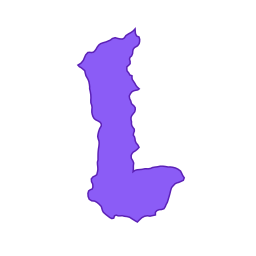 the district of Jenipapo de Minas, Minas Gerais, Brazil, rotated 220°
{"feature_id": "56859067B49665349666776", "entity_name": "Jenipapo de Minas", "entity_type": "district", "adm_level": 2, "iso_a3": "BRA", "parent_name": "Brazil", "parent_adm1": "Minas Gerais", "projection": "albers", "projection_center": [-42.212, -17.187], "detail": "fine", "context": "isolated", "style": "filled", "palette": "violet", "viewbox_px": 256, "rotation_deg": 220, "n_neighbors": 0, "source": "geoboundaries", "source_scale": "gbopen_adm2", "svg_char_len": 2883}
<svg xmlns="http://www.w3.org/2000/svg" viewBox="0 0 256 256"><g transform="rotate(220 128 128)"><path d="M114.5,49.9L111.9,48.5L109.0,48.9L106.5,50.6L103.8,51.1L101.3,51.1L98.0,50.7L95.9,49.3L94.4,48.3L92.6,47.6L89.5,47.5L87.0,47.6L84.4,47.7L82.2,48.2L81.0,49.8L81.9,52.1L81.0,53.7L79.0,54.4L77.5,55.7L76.1,57.1L74.0,58.1L71.7,59.6L69.3,60.7L67.2,60.9L65.1,61.2L62.4,61.6L60.4,62.0L60.2,64.7L59.8,68.1L58.6,71.0L56.8,73.2L54.5,74.6L52.5,77.2L51.1,79.0L52.8,81.0L52.8,83.2L51.7,85.4L50.0,87.0L48.6,89.2L48.9,91.7L49.6,93.8L50.1,96.3L51.2,99.0L52.6,102.2L53.7,104.6L54.7,106.6L55.5,108.3L56.3,110.4L56.3,112.4L56.1,115.5L55.4,117.2L54.2,118.9L53.0,121.3L52.0,123.5L52.9,126.0L55.6,126.8L58.2,128.0L60.1,128.8L63.2,128.6L65.9,127.9L68.4,126.7L70.6,125.3L72.2,123.9L74.5,122.6L76.8,121.1L78.8,119.4L80.5,117.2L82.1,115.5L83.8,113.5L84.7,111.6L86.2,109.8L88.7,107.8L90.7,105.3L92.5,103.5L94.2,101.8L95.4,100.0L96.0,97.7L97.5,100.0L99.6,102.5L101.1,104.8L103.3,106.0L106.0,106.9L107.9,108.9L108.5,110.9L108.5,112.9L107.7,115.2L107.2,117.8L107.1,120.3L109.5,121.3L112.3,121.8L114.2,122.8L115.7,124.2L117.4,125.4L119.3,125.9L120.4,127.6L121.2,129.8L122.6,131.2L124.6,131.6L126.8,132.4L128.2,133.6L129.3,135.0L130.9,136.2L132.4,137.9L133.1,139.9L133.2,142.4L133.3,144.8L134.3,146.8L135.6,148.2L137.4,148.7L141.0,148.9L143.3,150.5L145.6,151.5L147.6,153.3L148.2,155.7L148.3,158.1L147.6,160.1L146.3,161.9L145.0,163.5L144.6,165.2L147.2,165.3L149.2,165.7L151.2,166.5L153.8,167.3L155.9,167.9L157.2,169.0L158.5,170.6L160.6,169.8L163.1,170.7L165.4,171.1L166.9,172.5L168.2,174.2L167.8,176.4L167.7,178.6L169.2,180.4L171.2,181.8L171.9,183.5L171.6,185.5L172.3,187.9L173.7,189.9L174.6,191.6L174.7,193.8L173.5,197.1L173.7,199.8L174.7,201.7L176.0,203.4L178.1,204.8L180.6,204.0L183.1,205.2L184.8,206.9L186.3,208.5L186.4,205.8L187.1,203.0L188.1,200.5L189.0,197.5L188.7,194.5L189.4,192.6L191.4,191.1L193.5,190.0L195.9,188.9L197.5,186.5L198.0,184.0L199.0,182.1L200.1,179.9L201.8,177.4L203.2,175.0L203.7,172.9L203.6,170.4L203.1,167.7L203.0,165.8L203.2,163.9L204.5,162.3L206.1,161.3L207.3,160.0L207.4,156.8L206.6,154.0L205.7,151.1L205.7,147.3L206.8,144.0L204.6,143.7L202.4,144.1L198.0,144.1L195.8,142.4L193.8,141.0L191.9,140.3L189.8,139.5L187.8,138.4L185.6,136.6L183.9,135.0L182.6,133.4L180.6,131.9L177.9,129.6L175.8,127.3L174.3,125.3L172.6,123.4L170.4,122.1L168.8,120.7L167.3,118.6L165.8,116.8L164.2,115.5L162.3,114.3L160.1,113.5L158.1,113.5L155.3,114.2L153.0,114.5L151.2,114.0L149.8,112.4L149.3,109.3L148.2,106.4L147.0,104.0L145.7,102.0L143.8,100.5L141.8,99.3L140.3,97.8L138.6,95.4L137.2,93.0L135.7,90.8L134.6,89.3L133.4,87.8L132.0,86.1L130.4,84.2L129.5,82.2L128.1,80.6L126.2,78.8L124.6,77.1L123.4,75.2L121.9,72.1L122.5,70.0L123.4,68.1L123.4,65.4L121.4,63.4L119.2,62.5L117.9,61.3L116.8,60.0L116.2,58.3L117.2,56.4L117.7,54.5L116.7,52.2L114.5,49.9Z" fill="#8b5cf6" stroke="#5b21b6" stroke-width="1.5"/></g></svg>